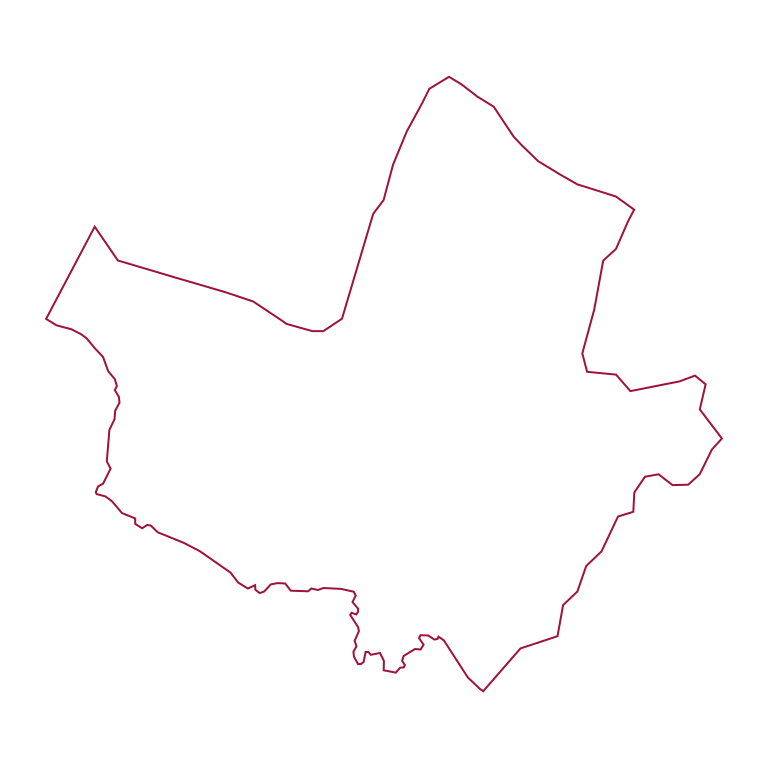 the district of Fako, Sud-Ouest, Cameroon
{"feature_id": "32672807B90592144632468", "entity_name": "Fako", "entity_type": "district", "adm_level": 2, "iso_a3": "CMR", "parent_name": "Cameroon", "parent_adm1": "Sud-Ouest", "projection": "mercator", "projection_center": [9.222, 4.196], "detail": "fine", "context": "isolated", "style": "outline", "palette": "rose", "viewbox_px": 768, "rotation_deg": 0, "n_neighbors": 0, "source": "geoboundaries", "source_scale": "gbopen_adm2", "svg_char_len": 1949}
<svg xmlns="http://www.w3.org/2000/svg" viewBox="0 0 768 768"><path d="M634.2,209.7L615.9,196.5L577.2,184.3L559.9,174.4L538.2,161.2L521.5,145.0L513.6,136.6L493.7,106.7L477.5,96.7L461.4,84.3L449.0,76.8L429.3,88.8L422.4,102.7L406.7,131.6L393.0,164.8L383.6,200.1L373.2,213.8L342.0,318.7L323.4,331.1L312.2,331.1L286.5,323.9L281.3,320.2L253.2,301.5L225.4,292.2L174.8,277.4L117.9,260.5L94.7,226.7L46.1,318.9L56.5,325.3L71.5,329.3L80.9,334.1L86.7,338.4L94.6,348.0L103.0,356.9L108.2,371.2L114.8,379.1L116.9,386.2L114.8,390.0L118.9,396.9L119.5,402.7L115.2,410.7L114.5,419.3L109.4,429.8L106.8,461.4L110.6,468.6L107.2,475.4L103.1,483.6L98.0,486.5L95.8,492.1L96.6,494.1L105.4,496.4L112.1,501.4L122.0,513.1L135.2,518.4L135.2,523.8L142.1,528.3L147.1,525.0L150.7,525.5L157.8,532.3L184.5,543.2L191.0,546.6L200.0,551.3L230.5,572.6L238.1,582.5L247.8,588.5L255.1,585.2L255.4,589.8L259.7,593.1L264.2,591.5L270.8,584.4L277.6,583.1L285.2,583.5L290.8,590.7L303.0,591.1L308.1,591.3L311.3,588.5L317.9,590.0L323.5,588.0L341.0,588.9L353.7,591.7L355.7,595.5L352.5,602.1L358.1,608.7L358.1,611.8L356.3,614.4L351.5,612.8L350.2,614.9L358.1,627.1L358.9,631.2L354.6,640.9L356.5,646.2L353.4,651.8L354.0,656.7L357.3,662.7L358.0,664.1L361.1,664.0L363.6,662.0L365.6,652.0L368.4,652.0L370.9,654.8L380.0,653.0L383.9,660.9L383.7,670.3L395.8,672.6L400.1,667.7L403.7,667.4L404.9,665.1L402.1,660.8L403.6,656.0L415.0,649.0L420.6,649.5L423.6,644.7L419.0,638.1L420.5,635.2L428.4,635.5L434.2,639.5L435.8,639.3L437.5,639.0L438.5,636.7L443.8,640.3L467.8,677.4L479.8,688.8L483.2,691.2L520.5,648.4L557.5,636.2L563.1,605.1L577.4,591.5L586.2,566.0L601.5,551.4L618.0,516.5L633.3,511.8L634.3,492.5L645.0,476.7L658.6,474.3L672.5,485.1L688.2,484.7L699.8,474.1L711.9,449.5L721.9,438.5L712.4,426.0L699.8,409.4L705.6,384.3L695.0,375.6L679.5,381.4L630.4,391.1L616.0,374.6L587.1,371.8L582.3,353.4L594.2,309.7L603.2,260.6L616.0,248.9L628.0,221.4L634.2,209.7Z" fill="none" stroke="#9f1239" stroke-width="2"/></svg>